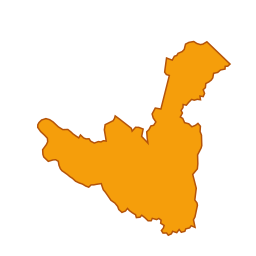 Quinze de Novembro, Rio Grande do Sul, Brazil (orthographic projection), rotated 100°
{"feature_id": "56859067B70559622092881", "entity_name": "Quinze de Novembro", "entity_type": "district", "adm_level": 2, "iso_a3": "BRA", "parent_name": "Brazil", "parent_adm1": "Rio Grande do Sul", "projection": "orthographic", "projection_center": [-53.12, -28.781], "detail": "fine", "context": "isolated", "style": "filled", "palette": "amber", "viewbox_px": 256, "rotation_deg": 100, "n_neighbors": 0, "source": "geoboundaries", "source_scale": "gbopen_adm2", "svg_char_len": 2236}
<svg xmlns="http://www.w3.org/2000/svg" viewBox="0 0 256 256"><g transform="rotate(100 128 128)"><path d="M209.1,112.3L210.7,109.1L212.1,105.5L214.8,104.2L213.8,100.7L211.5,99.3L213.4,95.8L215.9,92.1L215.3,89.0L212.8,88.4L213.2,83.9L211.7,81.9L213.0,79.4L216.1,79.3L217.7,75.5L220.4,75.8L223.2,77.3L225.4,75.3L224.7,71.8L226.6,69.7L224.7,66.9L222.0,66.1L222.6,61.8L219.1,60.0L221.4,57.4L219.9,54.1L217.3,53.6L215.7,50.0L213.3,48.8L214.2,44.7L207.0,47.6L203.9,46.6L192.0,46.2L189.9,47.0L187.3,49.7L175.5,50.3L162.5,56.2L156.2,52.6L151.2,53.0L142.4,54.8L134.9,52.5L132.5,52.3L122.3,54.4L119.0,56.4L113.7,57.0L111.3,59.9L113.7,62.1L115.7,65.3L113.3,68.9L112.9,73.2L109.0,75.8L108.1,78.4L103.8,77.0L101.5,78.8L98.4,77.4L95.3,77.8L95.4,74.5L92.2,72.7L88.8,70.3L89.1,67.6L87.7,64.7L87.6,61.5L84.1,62.7L84.0,59.4L80.7,58.6L77.2,60.6L74.8,58.8L70.7,59.1L68.6,56.4L66.3,54.3L63.9,53.2L59.3,53.2L57.7,49.3L54.8,47.0L53.1,42.7L50.4,43.0L49.8,40.5L47.3,38.6L29.4,65.3L32.4,68.8L33.3,71.2L32.8,74.9L31.4,78.3L33.1,82.9L35.4,85.9L40.9,86.3L43.3,87.9L45.8,91.7L48.1,92.6L49.3,94.8L53.5,96.2L52.4,102.2L63.0,101.8L66.6,101.6L68.7,99.5L69.1,96.4L103.6,98.9L103.6,104.6L110.0,106.7L113.8,104.9L117.2,101.6L120.9,103.2L122.0,105.8L126.0,107.1L128.5,108.9L134.4,107.4L139.4,105.8L133.9,113.1L126.4,112.9L125.5,117.5L126.0,120.7L130.4,123.4L127.7,124.7L120.7,137.9L118.3,142.7L121.0,143.0L123.4,143.9L128.7,151.1L133.9,151.0L144.6,147.2L144.8,150.0L146.4,152.2L146.5,154.8L148.7,158.6L147.4,162.6L145.4,164.4L146.0,167.4L145.5,170.0L143.1,173.6L146.3,174.8L145.0,177.7L143.4,181.1L141.8,183.5L139.9,187.0L140.9,191.9L139.0,196.8L135.1,202.7L133.4,206.6L133.0,210.5L135.1,214.5L138.1,216.6L140.5,217.4L143.1,217.0L146.7,213.4L149.6,208.9L152.1,205.6L155.5,204.7L158.5,205.5L164.2,208.3L168.8,207.2L171.2,205.9L174.7,200.7L172.5,196.4L171.8,193.7L172.9,190.9L176.7,189.5L179.8,187.6L181.5,185.7L182.6,183.3L184.3,179.7L186.0,176.8L187.2,174.0L189.5,170.4L190.6,166.5L191.1,163.2L192.5,159.6L193.1,156.4L190.4,154.4L189.9,151.8L188.8,148.9L187.4,144.7L190.6,143.0L193.1,141.6L195.1,139.2L198.9,135.4L202.2,132.2L204.1,128.0L207.0,124.6L209.9,122.9L212.2,119.3L210.2,116.1L207.3,114.5L209.1,112.3Z" fill="#f59e0b" stroke="#b45309" stroke-width="1.5"/></g></svg>